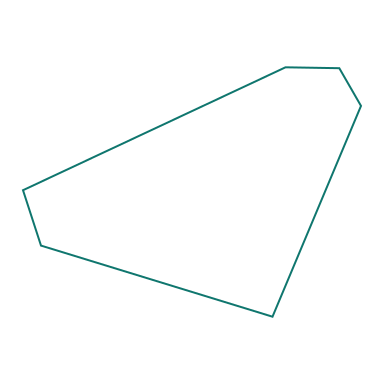 map outline of Guernsey (Robinson projection)
{"feature_id": "GGY", "entity_name": "Guernsey", "entity_type": "country or territory", "adm_level": 0, "iso_a3": "GGY", "parent_name": "Europe", "parent_adm1": "", "projection": "robinson", "projection_center": [-2.56, 49.468], "detail": "fine", "context": "isolated", "style": "outline", "palette": "teal", "viewbox_px": 384, "rotation_deg": 0, "n_neighbors": 0, "source": "natural_earth", "source_scale": "50m", "svg_char_len": 207}
<svg xmlns="http://www.w3.org/2000/svg" viewBox="0 0 384 384"><path d="M361.0,105.9L272.5,316.7L41.0,245.6L23.0,190.2L285.5,67.3L339.3,68.2L361.0,105.9Z" fill="none" stroke="#0f766e" stroke-width="2"/></svg>